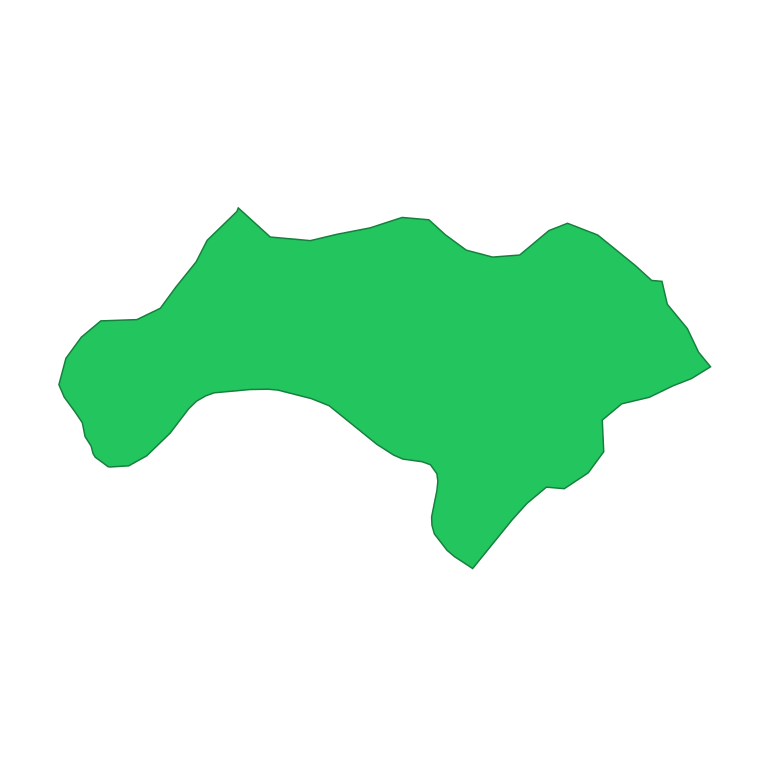 Yonthan, Hwanghae-bukto, North Korea (Robinson projection), rotated 185°
{"feature_id": "82179303B91092350263646", "entity_name": "Yonthan", "entity_type": "district", "adm_level": 2, "iso_a3": "PRK", "parent_name": "North Korea", "parent_adm1": "Hwanghae-bukto", "projection": "robinson", "projection_center": [125.982, 38.695], "detail": "fine", "context": "isolated", "style": "filled", "palette": "green", "viewbox_px": 768, "rotation_deg": 185, "n_neighbors": 0, "source": "geoboundaries", "source_scale": "gbopen_adm2", "svg_char_len": 1149}
<svg xmlns="http://www.w3.org/2000/svg" viewBox="0 0 768 768"><g transform="rotate(185 384 384)"><path d="M116.0,510.5L126.4,510.5L144.1,524.0L157.4,533.0L184.0,551.0L215.2,560.1L233.1,551.2L260.1,524.3L286.9,519.9L313.7,524.5L335.9,538.0L353.6,551.5L380.4,551.5L411.8,538.2L443.1,529.3L469.9,520.4L510.1,520.5L544.5,546.7L545.6,543.0L572.7,511.7L581.8,489.3L599.8,462.4L613.4,440.0L635.8,426.6L671.6,422.2L689.6,404.3L703.1,381.9L707.8,355.0L701.4,343.0L689.3,329.2L681.2,319.2L677.2,305.5L670.4,296.7L667.7,289.2L665.3,285.9L651.5,277.5L649.4,277.5L631.2,280.2L614.1,291.8L592.8,316.4L576.4,342.3L569.2,350.6L560.5,356.7L552.5,360.4L517.1,366.8L499.2,368.7L489.3,368.7L455.1,363.1L436.8,357.6L385.9,323.3L368.4,314.1L358.5,310.8L339.4,309.9L330.7,307.6L323.5,299.2L321.9,291.8L322.0,282.6L325.0,255.7L323.9,247.4L320.8,239.1L306.7,223.8L298.8,218.2L279.6,207.9L262.8,232.8L244.7,259.6L231.2,277.5L213.2,295.4L195.3,295.4L172.8,313.3L159.2,335.7L163.4,367.1L145.4,385.0L118.5,393.9L96.1,407.3L78.2,416.2L60.2,429.6L73.4,443.1L86.6,465.6L99.9,479.1L108.7,488.1L113.1,501.5L116.0,510.5Z" fill="#22c55e" stroke="#15803d" stroke-width="1.5"/></g></svg>